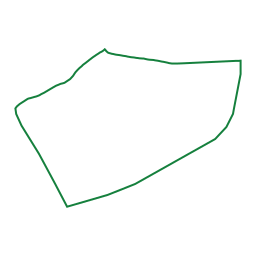 outline of Al Wadi', Abyan, Yemen
{"feature_id": "15242507B19618049480108", "entity_name": "Al Wadi'", "entity_type": "district", "adm_level": 2, "iso_a3": "YEM", "parent_name": "Yemen", "parent_adm1": "Abyan", "projection": "mercator", "projection_center": [46.038, 13.695], "detail": "fine", "context": "isolated", "style": "outline", "palette": "green", "viewbox_px": 256, "rotation_deg": 0, "n_neighbors": 0, "source": "geoboundaries", "source_scale": "gbopen_adm2", "svg_char_len": 1648}
<svg xmlns="http://www.w3.org/2000/svg" viewBox="0 0 256 256"><path d="M233.9,108.9L240.6,74.1L240.6,60.7L240.1,60.7L238.8,60.9L237.5,60.9L236.2,60.9L235.2,60.9L183.3,63.3L178.2,63.5L177.2,63.5L175.9,63.5L174.6,63.5L173.2,63.5L171.7,63.5L170.3,63.3L169.0,63.1L167.6,62.7L166.2,62.4L164.8,62.1L163.4,61.8L161.9,61.6L160.5,61.3L159.1,61.0L157.6,60.7L156.2,60.5L154.9,60.3L153.6,60.0L152.3,59.9L150.7,59.8L149.4,59.7L147.9,59.5L146.4,59.2L145.1,58.9L143.6,58.5L142.3,58.5L140.8,58.4L139.4,58.3L137.6,58.0L136.3,57.9L134.8,57.6L133.4,57.4L132.0,57.3L130.4,57.1L128.9,56.8L127.6,56.6L126.1,56.2L124.8,56.0L123.2,55.8L121.7,55.5L120.1,55.2L118.8,55.0L117.0,54.8L115.7,54.6L114.4,54.3L113.2,54.0L111.8,53.8L110.5,53.4L109.3,53.1L108.1,52.7L106.9,51.7L105.9,50.7L105.2,49.6L104.7,49.3L104.4,49.7L103.4,50.5L102.3,51.3L101.0,52.0L99.7,52.6L98.7,53.4L97.4,54.2L96.0,55.1L94.9,55.9L93.8,56.6L92.8,57.3L91.6,58.2L90.5,59.1L89.5,59.8L88.2,60.9L87.0,61.8L85.9,62.7L84.8,63.5L83.7,64.3L82.7,65.1L81.8,66.1L80.6,67.1L79.6,67.9L78.7,68.8L77.5,70.0L76.5,71.1L75.5,72.2L74.8,73.2L74.0,74.4L73.2,75.7L70.2,79.0L64.5,82.8L64.2,82.9L62.9,83.3L61.6,83.6L60.4,83.9L59.1,84.5L57.9,85.0L56.3,85.6L55.2,86.2L54.0,86.9L52.9,87.5L51.8,88.2L50.7,88.8L49.4,89.6L48.0,90.4L46.9,91.1L45.8,91.7L44.7,92.4L43.6,93.0L42.3,93.6L41.1,94.2L39.5,95.2L38.3,95.7L37.0,96.2L35.8,96.6L34.5,96.9L33.2,97.3L31.8,97.7L30.5,98.1L29.0,98.4L27.8,98.8L27.6,98.9L19.7,104.0L16.9,106.4L15.4,108.4L16.2,114.0L21.5,125.6L38.9,153.7L43.0,161.3L55.8,185.1L56.3,186.1L67.1,206.7L107.7,194.9L135.1,184.0L215.2,139.0L226.4,127.0L233.0,113.9L233.9,108.9Z" fill="none" stroke="#15803d" stroke-width="2"/></svg>